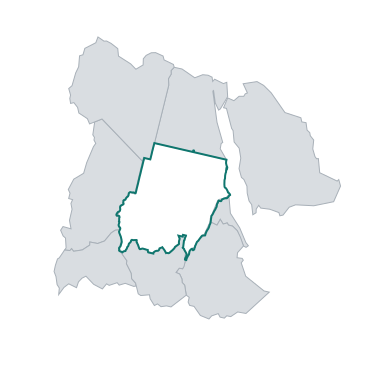 Sudan highlighted, Equal Earth projection, rotated 13°
{"feature_id": "SDN", "entity_name": "Sudan", "entity_type": "country or territory", "adm_level": 0, "iso_a3": "SDN", "parent_name": "Africa", "parent_adm1": "", "projection": "equal_earth", "projection_center": [30.131, 15.434], "detail": "fine", "context": "with_neighbors", "style": "outline", "palette": "teal", "viewbox_px": 384, "rotation_deg": 13, "n_neighbors": 8, "source": "natural_earth", "source_scale": "50m", "svg_char_len": 9475}
<svg xmlns="http://www.w3.org/2000/svg" viewBox="0 0 384 384"><g transform="rotate(13 192 192)"><path d="M136.8,173.1L136.7,206.8L131.3,206.2L126.6,217.7L127.9,219.7L125.7,222.4L126.4,225.9L124.1,232.6L126.3,232.1L127.6,235.4L127.6,240.4L130.0,243.0L129.9,245.1L125.8,246.5L122.5,250.0L117.8,259.4L111.7,263.4L103.7,263.7L104.3,266.7L98.2,273.1L90.0,276.4L87.4,274.3L86.2,276.5L80.9,277.2L81.9,274.8L79.1,265.3L76.3,263.8L72.6,258.8L74.1,254.7L82.4,255.1L79.0,247.2L79.0,235.8L76.6,230.3L77.4,226.3L73.3,226.1L73.4,220.6L70.9,217.4L73.9,206.1L82.2,198.1L82.8,187.1L85.8,169.9L87.3,166.3L84.8,163.4L84.7,160.8L82.5,158.6L81.4,145.6L87.9,141.1L136.8,173.1Z" fill="#d9dde1" stroke="#a8b0b8" stroke-width="1"/><path d="M158.6,296.2L156.5,297.1L147.5,296.0L142.0,299.1L139.5,297.2L132.3,301.6L129.4,300.7L126.5,306.6L117.0,304.1L107.6,297.9L104.2,300.7L101.6,305.1L101.0,311.2L92.5,309.2L88.7,313.8L85.2,321.9L84.3,315.4L81.4,312.6L78.5,305.0L75.5,300.5L75.4,294.3L76.0,287.5L77.5,286.0L80.9,277.2L86.2,276.5L87.4,274.3L90.0,276.4L98.2,273.1L104.3,266.7L103.7,263.7L111.7,263.4L117.8,259.4L122.5,250.0L125.8,246.5L129.9,245.1L130.5,248.7L134.2,254.1L133.5,263.9L144.1,273.7L144.2,276.5L151.1,284.8L152.7,290.0L157.5,293.4L158.6,296.2Z" fill="#d9dde1" stroke="#a8b0b8" stroke-width="1"/><path d="M216.4,216.9L215.7,213.5L218.8,195.3L220.8,192.7L225.4,191.3L228.5,186.5L234.2,204.1L246.6,216.3L255.8,229.1L259.0,231.7L257.1,233.8L254.3,233.0L244.8,219.5L239.2,216.1L234.9,216.0L233.3,214.2L229.6,216.2L225.7,212.3L223.8,218.7L216.4,216.9Z" fill="#d9dde1" stroke="#a8b0b8" stroke-width="1"/><path d="M205.6,92.3L212.3,93.6L216.3,88.2L220.9,87.1L221.8,84.4L223.7,83.0L217.5,75.0L230.5,69.8L237.8,72.0L246.9,77.6L264.7,93.7L281.4,95.2L283.2,99.0L287.5,98.8L290.2,105.8L293.4,107.7L294.6,110.6L298.9,114.0L300.0,122.9L303.9,129.9L305.9,131.6L307.6,131.0L312.1,144.5L331.0,148.7L332.2,146.9L335.4,152.8L332.2,169.6L313.8,178.0L295.8,181.2L290.1,185.0L285.9,194.0L283.0,195.4L281.3,192.5L271.6,191.3L262.6,192.2L260.0,190.0L258.4,194.2L259.1,197.8L256.4,200.5L253.0,190.9L249.6,187.9L246.1,180.8L244.2,173.9L239.7,168.1L236.9,166.7L232.6,158.7L231.9,148.0L228.1,138.7L221.8,133.8L218.2,122.9L216.3,121.1L206.8,102.8L203.8,102.8L205.6,92.3Z" fill="#d9dde1" stroke="#a8b0b8" stroke-width="1"/><path d="M218.3,152.8L144.4,152.8L145.3,93.2L143.6,86.8L145.2,81.8L144.3,78.4L146.6,74.5L154.6,74.4L169.0,80.1L176.1,75.3L181.4,74.6L185.7,75.6L187.3,79.6L188.7,77.0L198.2,79.3L201.2,77.3L205.3,91.1L200.9,104.7L199.5,106.2L194.6,99.9L190.2,88.3L189.6,89.0L200.7,118.5L210.8,136.8L209.5,138.2L209.8,143.6L218.3,152.8Z" fill="#d9dde1" stroke="#a8b0b8" stroke-width="1"/><path d="M145.3,93.2L144.2,169.5L137.0,169.6L136.8,173.1L87.9,141.1L76.9,148.7L73.6,144.1L64.0,140.5L61.5,135.3L56.8,131.5L53.8,133.0L51.9,128.4L51.9,124.9L48.6,118.9L51.2,115.4L51.9,102.1L53.4,95.5L51.8,84.6L54.9,82.8L55.3,76.1L64.7,68.2L65.5,62.1L72.3,64.8L74.8,64.1L79.7,65.4L87.4,69.0L89.8,76.1L103.5,81.0L109.7,85.0L115.8,79.2L114.6,73.1L116.6,69.2L121.0,65.5L125.2,64.4L133.2,66.0L135.1,69.6L145.2,71.9L146.6,74.5L144.3,78.4L145.2,81.8L143.6,86.8L145.3,93.2Z" fill="#d9dde1" stroke="#a8b0b8" stroke-width="1"/><path d="M289.8,272.2L271.9,298.2L263.5,298.6L257.8,304.7L253.7,304.8L251.9,307.6L247.5,307.6L244.9,304.6L239.0,308.3L237.1,311.9L227.9,310.4L219.7,303.0L215.2,303.0L213.0,300.1L213.0,295.3L209.6,293.8L205.8,284.4L202.8,282.4L201.7,278.9L198.4,274.7L194.5,274.0L196.7,269.1L200.1,268.9L202.8,249.5L205.8,247.1L209.1,237.0L212.9,232.7L216.4,216.9L223.8,218.7L225.7,212.3L229.6,216.2L233.3,214.2L234.9,216.0L239.2,216.1L244.8,219.5L249.4,225.2L254.3,233.0L250.0,240.9L250.7,245.9L255.8,245.4L257.3,246.9L255.9,250.0L263.3,262.0L284.4,272.2L289.8,272.2Z" fill="#d9dde1" stroke="#a8b0b8" stroke-width="1"/><path d="M180.9,311.1L175.2,305.4L173.7,301.7L165.4,304.4L162.5,303.3L157.5,293.4L152.7,290.0L151.1,284.8L144.2,276.5L144.1,273.7L136.3,266.8L140.4,264.3L143.9,252.5L148.5,251.4L152.9,258.8L154.7,259.5L157.0,258.0L161.6,258.3L162.5,260.1L168.9,260.1L169.1,258.3L172.4,256.7L173.1,254.2L175.5,252.4L180.9,257.4L184.2,256.5L190.9,245.6L190.3,240.4L188.8,237.9L192.6,237.5L193.0,235.6L196.0,236.1L195.2,242.5L196.0,248.7L199.3,252.1L200.0,259.4L200.9,259.5L201.0,266.3L200.1,268.9L196.7,269.1L194.5,274.0L198.4,274.7L201.7,278.9L202.8,282.4L205.8,284.4L209.6,293.8L197.4,308.7L192.8,308.7L187.6,310.7L183.5,308.8L180.9,311.1Z" fill="#d9dde1" stroke="#a8b0b8" stroke-width="1"/><path d="M201.7,259.6L200.5,259.6L200.4,259.5L200.4,259.4L200.3,259.2L200.3,258.8L200.3,258.1L200.5,257.3L200.9,256.2L200.9,255.8L200.8,255.7L200.8,255.4L200.9,254.8L200.9,254.7L200.9,254.4L200.5,253.3L200.4,253.2L197.6,250.2L197.1,249.3L197.0,249.2L195.6,248.5L195.5,248.4L195.6,248.2L195.8,247.8L195.8,247.7L195.1,241.2L195.2,240.9L195.3,240.8L195.4,240.7L195.4,240.4L195.5,240.3L195.5,239.2L195.5,238.2L195.9,236.5L195.9,235.8L192.9,235.8L192.9,236.0L192.8,236.3L192.8,236.5L192.9,236.9L193.0,237.2L193.0,237.3L193.0,237.6L188.7,237.6L190.4,240.1L190.5,240.3L190.5,241.3L190.4,242.7L190.5,243.6L190.6,244.2L191.0,245.3L191.0,245.5L190.9,245.8L187.9,249.2L187.8,249.4L187.4,250.8L187.0,251.6L186.8,251.8L186.1,253.0L183.4,256.6L182.9,256.9L181.5,257.0L180.8,257.0L180.7,257.0L180.4,257.3L180.3,257.2L180.2,257.1L178.5,255.1L175.5,252.5L175.2,252.8L173.5,253.9L173.2,254.1L173.0,254.3L173.0,255.6L172.7,256.2L172.1,256.9L170.6,257.3L169.9,257.7L169.1,258.3L168.7,258.8L168.1,259.6L168.0,260.2L168.1,260.7L163.0,260.7L162.6,260.3L161.9,258.4L161.4,258.5L156.7,258.2L156.1,258.4L154.7,259.2L154.1,259.4L153.4,259.0L151.0,255.2L150.4,254.7L150.2,254.5L149.9,253.8L149.4,253.4L149.2,253.2L149.1,252.8L149.1,251.9L149.0,251.4L148.6,251.3L145.3,252.2L144.8,252.1L144.1,252.2L143.9,252.4L143.6,252.9L143.6,253.4L143.6,253.9L143.5,254.4L143.2,255.0L142.3,256.3L142.1,256.9L142.1,258.3L142.0,259.0L141.9,259.3L141.5,259.9L141.3,260.2L141.3,260.6L141.2,261.6L141.2,262.0L140.6,263.1L140.5,263.5L140.5,264.3L140.4,264.5L138.9,265.1L138.4,265.5L138.0,266.2L137.9,266.4L137.3,266.2L136.5,266.1L134.9,265.9L134.3,265.6L134.0,265.1L134.1,264.0L134.0,263.8L133.7,263.6L133.6,263.1L133.6,262.6L134.4,261.3L134.6,260.6L134.7,258.2L134.8,257.4L134.8,256.4L134.1,254.6L133.6,253.4L132.7,251.6L132.3,251.0L130.5,248.4L130.3,248.1L129.8,247.0L130.0,246.0L130.3,244.6L130.4,244.0L130.2,243.3L129.8,242.8L129.4,242.8L129.2,242.5L128.8,242.1L128.5,241.8L128.1,241.3L127.9,240.5L128.1,237.8L128.0,237.4L127.5,237.3L127.4,237.1L127.5,236.6L127.2,235.0L126.9,233.7L127.1,233.0L126.7,232.0L126.0,231.6L125.2,231.7L124.5,231.9L124.0,231.9L123.7,231.7L123.5,231.3L123.4,230.9L123.5,230.3L123.9,229.1L124.4,228.1L125.5,227.3L125.8,226.8L126.0,226.3L126.0,225.7L126.0,225.1L125.8,224.5L125.5,223.7L125.3,222.8L125.3,222.2L125.4,221.8L125.7,221.3L126.3,220.7L126.8,220.3L127.1,220.1L127.9,219.4L128.0,219.1L128.0,218.8L127.8,218.5L127.5,218.1L127.4,217.6L127.4,216.8L127.2,216.2L127.1,215.8L127.3,215.5L127.6,215.1L128.1,214.9L128.7,214.6L128.9,214.3L129.0,213.8L129.0,213.2L129.2,212.8L129.6,212.0L129.8,211.6L130.2,211.2L130.6,210.6L130.8,209.9L130.9,209.3L130.7,207.4L131.2,206.6L131.8,206.0L132.7,206.0L134.0,205.9L135.0,205.6L135.6,205.6L137.1,206.0L137.3,205.9L137.4,205.3L137.4,204.1L137.4,200.3L137.5,196.5L137.5,192.7L137.5,188.9L137.6,185.1L137.6,181.3L137.7,177.6L137.7,173.8L137.7,172.8L137.8,171.7L137.8,170.7L137.8,169.6L139.3,169.6L140.9,169.6L142.4,169.6L144.0,169.6L144.1,165.4L144.1,161.2L144.2,157.0L144.3,152.8L146.6,152.8L149.0,152.8L151.4,152.8L153.8,152.8L156.2,152.8L158.5,152.8L160.9,152.8L163.3,152.8L165.7,152.8L168.1,152.8L170.4,152.8L172.8,152.8L175.2,152.8L177.6,152.8L180.0,152.8L182.3,152.8L183.1,152.8L183.4,152.8L184.0,151.2L184.6,151.2L184.8,151.6L184.7,152.1L184.5,152.8L185.6,152.8L187.7,152.8L189.7,152.8L191.8,152.8L193.8,152.8L195.8,152.8L197.9,152.8L199.9,152.8L202.0,152.8L204.0,152.8L206.1,152.8L208.1,152.8L210.2,152.8L212.2,152.8L214.2,152.8L216.3,152.8L218.3,152.8L218.4,154.7L218.7,156.3L219.7,158.4L220.6,159.6L220.9,160.3L220.9,160.6L220.9,160.8L220.6,160.5L220.2,160.3L220.2,161.3L220.3,162.1L220.4,163.4L220.7,164.9L220.5,166.3L220.6,168.6L221.1,171.3L221.0,173.1L221.8,177.2L222.5,179.5L222.9,180.1L223.3,180.4L224.1,180.6L225.4,181.8L226.4,183.0L226.7,183.6L227.2,184.3L227.5,184.2L228.0,184.6L229.6,185.8L229.8,186.4L229.2,187.0L228.6,188.0L228.5,188.3L228.4,188.6L228.3,188.9L228.2,189.1L227.8,189.5L227.7,189.7L227.6,190.0L227.4,190.2L227.1,190.2L226.9,190.3L226.6,190.5L226.2,190.4L225.7,190.5L225.5,190.8L225.1,191.0L224.8,191.0L224.6,191.1L224.3,191.4L223.9,191.8L223.4,192.1L223.2,192.2L222.9,192.5L222.6,194.0L222.3,194.4L221.9,194.5L221.3,194.5L220.8,194.6L220.1,194.4L219.8,194.4L219.7,194.8L219.6,196.1L219.6,196.6L219.4,197.3L219.1,198.1L219.2,199.5L219.3,200.9L218.7,203.0L218.7,203.5L218.1,205.2L217.9,205.8L217.2,208.9L216.9,209.8L216.3,210.9L216.5,212.5L216.6,214.2L216.8,215.9L217.0,218.3L216.5,220.6L216.5,221.9L216.2,223.7L215.9,224.6L215.7,225.1L215.5,225.6L215.1,226.8L214.8,228.3L214.6,229.9L214.6,230.8L214.6,231.2L214.5,231.4L213.7,231.6L212.6,231.8L212.1,232.0L211.7,232.3L211.2,233.1L210.3,235.1L209.8,236.3L209.1,238.1L208.2,239.3L208.0,239.8L207.8,240.9L207.5,242.7L207.2,243.9L207.3,244.9L207.0,246.6L207.1,247.5L206.7,247.9L206.3,248.4L206.0,248.5L205.4,248.0L205.0,247.5L204.8,247.3L204.4,247.6L203.9,248.1L203.3,249.2L202.9,250.4L203.1,252.7L203.1,253.3L203.0,253.8L202.3,255.6L202.2,256.2L201.9,257.2L201.7,259.1L201.7,259.6Z" fill="none" stroke="#0f766e" stroke-width="2"/></g></svg>